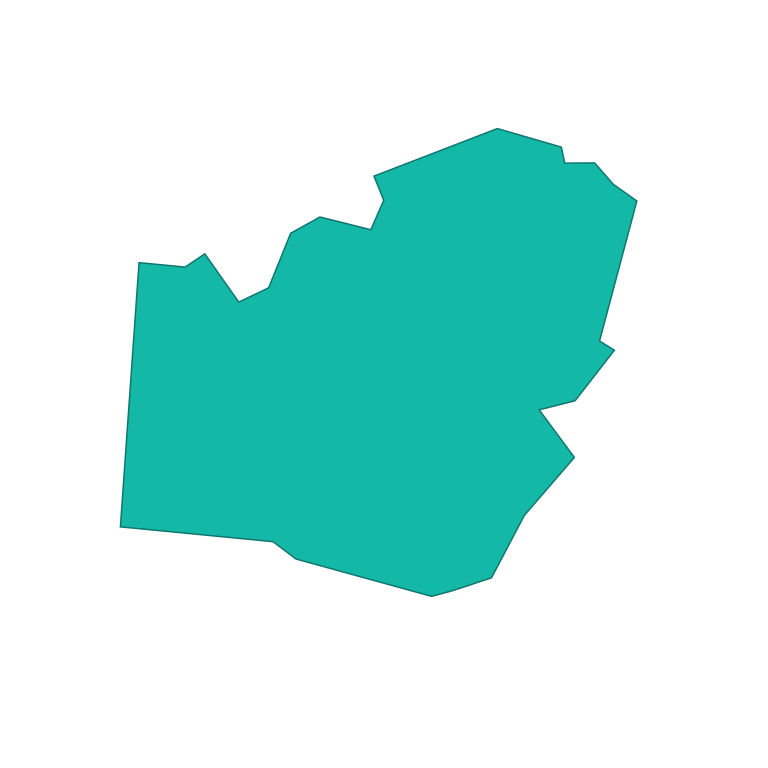 outline of Lee, Kentucky, United States of America, rotated 165°
{"feature_id": "52423323B5871014631104", "entity_name": "Lee", "entity_type": "district", "adm_level": 2, "iso_a3": "USA", "parent_name": "United States of America", "parent_adm1": "Kentucky", "projection": "natural_earth1", "projection_center": [-83.751, 37.602], "detail": "fine", "context": "isolated", "style": "filled", "palette": "teal", "viewbox_px": 768, "rotation_deg": 165, "n_neighbors": 0, "source": "geoboundaries", "source_scale": "gbopen_adm2", "svg_char_len": 517}
<svg xmlns="http://www.w3.org/2000/svg" viewBox="0 0 768 768"><g transform="rotate(165 384 384)"><path d="M92.4,495.3L110.8,517.5L123.3,543.0L152.2,550.6L151.4,566.9L208.4,601.4L339.9,587.4L336.7,561.5L356.8,536.4L402.7,561.9L435.1,553.8L470.5,506.8L503.1,500.7L523.4,556.1L545.9,548.4L589.2,564.6L675.6,314.2L532.0,260.4L514.3,237.7L393.1,166.6L371.6,166.6L330.3,169.0L282.4,220.8L219.1,263.8L240.8,318.9L203.7,318.4L152.7,357.0L164.7,369.7L92.4,495.3Z" fill="#14b8a6" stroke="#0f766e" stroke-width="1.5"/></g></svg>